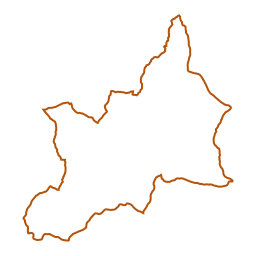 Guayabetal, Cundinamarca, Colombia (Mercator projection)
{"feature_id": "7082276B39742975331466", "entity_name": "Guayabetal", "entity_type": "district", "adm_level": 2, "iso_a3": "COL", "parent_name": "Colombia", "parent_adm1": "Cundinamarca", "projection": "mercator", "projection_center": [-73.849, 4.248], "detail": "fine", "context": "isolated", "style": "outline", "palette": "amber", "viewbox_px": 256, "rotation_deg": 0, "n_neighbors": 0, "source": "geoboundaries", "source_scale": "gbopen_adm2", "svg_char_len": 5800}
<svg xmlns="http://www.w3.org/2000/svg" viewBox="0 0 256 256"><path d="M209.4,91.9L208.2,90.0L206.0,84.8L204.1,81.2L201.9,77.4L200.0,75.0L198.2,73.9L193.8,73.1L188.5,71.3L187.8,69.9L187.8,66.9L187.6,65.8L187.8,63.3L188.9,59.4L189.2,57.5L190.1,55.7L190.3,54.1L190.1,52.3L190.2,49.9L190.0,48.0L188.8,45.3L188.8,42.2L188.1,36.6L187.9,35.6L186.1,32.8L185.4,26.6L184.6,25.8L182.9,25.3L182.4,24.7L182.0,23.2L182.0,22.3L181.7,21.7L180.9,20.7L180.5,19.9L180.0,16.5L179.0,15.4L177.9,15.9L176.9,16.9L175.5,17.6L174.7,18.6L173.8,19.1L173.4,19.0L172.4,19.7L171.4,20.6L171.4,21.2L171.9,22.4L172.4,24.6L169.8,27.7L168.9,29.1L169.0,30.5L168.7,31.9L168.8,33.3L169.2,34.2L168.9,35.4L169.1,36.6L168.9,37.0L168.3,37.4L168.0,38.0L168.2,38.6L168.2,40.3L167.8,41.0L167.2,41.0L166.5,42.4L166.3,45.2L166.4,45.9L164.5,46.1L164.2,46.6L164.3,47.2L165.1,47.9L165.4,48.8L165.0,49.6L165.0,50.1L165.2,50.8L164.9,51.4L164.1,52.3L162.1,53.2L161.9,53.5L161.0,54.1L158.5,56.9L158.0,57.3L157.3,57.4L155.7,57.0L154.0,57.3L153.0,58.5L151.6,59.4L151.2,59.9L151.0,60.3L151.2,61.1L150.1,62.3L149.4,63.8L148.5,64.6L146.5,65.3L146.1,66.4L144.9,67.6L144.3,70.0L144.2,71.9L144.0,72.9L143.7,73.5L143.0,74.3L142.2,76.0L141.4,76.9L140.9,78.6L140.9,82.3L142.1,83.9L142.0,85.6L142.1,87.0L141.9,88.7L141.3,89.4L140.6,89.9L140.0,91.9L138.5,92.9L137.7,94.5L136.4,95.3L135.5,94.9L134.6,94.9L133.9,94.8L133.1,94.8L132.5,94.4L133.1,91.3L132.5,91.3L131.5,91.7L130.4,91.8L129.0,92.7L126.8,92.9L126.3,93.2L126.0,93.2L124.7,92.6L121.1,92.0L118.9,91.9L118.3,91.7L117.3,91.8L116.2,92.2L115.5,92.3L114.6,91.7L113.4,91.3L112.0,90.9L111.4,91.0L110.9,91.7L110.6,94.7L109.4,95.9L109.2,96.3L108.5,100.9L108.1,101.9L106.9,103.6L106.0,104.4L105.4,105.1L104.8,106.2L104.9,106.9L105.3,108.4L106.0,110.1L106.9,111.2L106.9,111.8L103.6,115.0L102.0,117.5L99.1,120.4L97.8,122.9L97.1,122.7L94.6,121.0L93.5,119.8L92.5,117.7L91.1,117.3L89.5,117.3L88.6,117.1L85.5,115.1L82.3,113.4L81.3,113.4L79.4,112.8L78.1,113.0L76.7,112.5L75.6,111.7L72.7,108.5L72.0,106.6L71.6,104.3L71.2,103.5L70.9,103.4L70.0,103.9L69.5,104.1L68.7,103.0L67.7,102.5L62.9,103.3L56.0,106.7L54.5,107.2L51.1,107.9L48.8,107.9L48.2,108.1L47.3,108.9L46.6,109.2L44.4,109.8L43.5,109.7L44.6,111.4L48.8,116.2L49.8,117.5L50.1,118.5L51.9,119.4L52.7,120.2L54.5,121.3L55.1,121.8L55.9,124.4L55.9,126.0L56.3,127.1L56.1,128.4L56.4,129.8L55.6,131.6L55.8,134.1L55.5,135.5L54.8,136.8L54.8,137.8L54.2,138.9L53.7,141.3L54.2,143.0L55.0,143.9L55.6,147.5L56.8,148.9L57.1,149.6L57.2,150.4L57.0,151.2L57.1,151.7L57.8,153.0L58.6,155.4L59.9,156.3L60.4,157.0L61.2,159.7L65.0,159.8L64.8,161.0L65.4,162.3L65.4,163.1L65.0,165.3L65.6,167.5L65.4,172.3L65.0,172.7L64.9,173.9L64.3,174.6L64.1,175.7L63.8,176.3L63.3,176.6L63.2,178.1L62.1,179.6L62.3,180.4L62.7,181.4L62.7,182.1L61.8,182.8L60.7,185.1L60.1,185.9L58.5,189.2L58.6,189.9L57.8,189.9L56.8,189.6L55.2,188.4L52.4,187.6L51.0,186.4L50.6,186.2L50.2,186.3L49.5,187.0L47.4,190.1L46.4,191.2L45.6,191.6L41.9,192.9L39.7,193.2L37.3,195.2L35.8,195.8L34.9,197.2L33.9,198.3L31.8,201.0L30.6,204.4L30.0,205.4L28.2,207.5L27.1,209.2L26.3,212.1L26.1,212.9L26.2,214.2L26.0,214.8L23.8,217.5L23.5,218.3L23.7,218.7L24.8,220.2L25.0,220.6L25.0,221.9L26.2,225.1L26.6,225.6L27.5,226.1L27.8,226.6L28.0,227.8L27.8,231.0L28.3,233.3L28.2,234.0L28.5,233.6L29.6,233.1L30.5,232.9L32.0,233.0L32.7,233.4L33.3,234.0L33.5,234.4L33.6,235.0L33.2,237.5L33.5,238.5L34.0,238.9L34.8,239.2L37.1,240.0L40.5,239.7L41.7,239.3L42.3,238.4L42.7,236.8L43.3,235.7L44.3,234.4L45.4,234.0L47.2,234.2L49.3,234.0L50.3,234.4L54.8,236.8L56.0,237.0L57.8,237.0L58.7,237.4L61.8,239.6L64.1,240.2L68.4,240.6L68.8,240.3L69.1,238.4L69.8,237.1L70.7,236.1L72.3,234.7L72.7,234.1L80.1,230.9L82.7,230.0L86.0,227.7L86.2,227.3L86.5,224.1L86.8,223.1L87.7,221.9L89.7,219.9L90.3,218.5L91.4,217.2L94.8,213.6L95.7,213.4L96.9,213.5L98.7,214.0L100.4,213.8L102.4,212.3L103.1,211.4L104.6,209.9L105.8,209.3L106.3,209.3L108.7,209.7L111.0,209.9L114.2,209.6L115.6,209.0L116.9,207.6L117.9,206.9L118.6,206.1L119.0,205.1L119.7,204.5L120.3,204.3L121.0,204.3L123.7,205.1L125.2,205.2L125.6,204.9L126.9,203.5L127.6,203.4L130.6,204.3L131.2,204.7L131.9,205.3L133.2,206.9L135.1,208.8L138.2,211.0L140.7,211.7L143.3,213.1L143.3,212.0L143.6,211.2L146.3,207.3L147.5,204.9L148.4,203.5L149.4,202.6L149.9,201.9L150.4,200.5L150.7,198.7L150.6,196.3L150.8,194.5L152.0,192.1L153.7,189.8L154.3,188.2L154.4,186.8L154.3,186.0L153.7,185.0L153.6,183.0L154.9,179.7L155.2,179.3L156.2,177.4L157.4,176.9L158.1,176.2L160.1,175.7L161.0,174.9L161.3,175.7L161.7,178.3L161.9,178.7L163.0,179.3L163.4,179.8L163.6,180.6L165.5,181.6L166.6,181.8L169.2,181.9L170.5,181.5L172.1,180.6L174.1,180.4L174.8,180.1L175.2,179.6L176.3,178.8L177.4,178.3L179.1,178.6L181.6,178.3L183.4,178.7L190.1,181.5L195.1,183.0L197.4,182.9L199.4,183.8L200.1,184.0L201.6,183.9L203.6,184.6L205.0,184.6L206.2,184.3L207.0,184.3L208.8,184.6L210.8,184.4L211.9,184.6L214.2,185.6L216.0,185.9L217.8,186.5L219.8,186.7L221.7,186.6L225.8,185.7L226.5,185.5L227.1,185.0L228.0,183.9L228.3,183.3L228.6,182.1L228.9,181.7L230.0,181.4L232.2,181.5L232.5,181.2L232.5,180.5L230.2,178.8L227.1,177.8L225.8,177.1L224.6,176.1L223.7,174.6L223.3,173.4L223.3,171.7L222.4,168.9L221.0,167.4L219.7,164.3L219.9,161.2L219.4,159.5L219.6,158.8L219.2,157.6L219.3,156.8L219.9,155.5L219.9,154.6L219.6,153.5L219.6,150.9L219.2,149.0L219.0,148.5L217.8,148.0L216.6,146.8L216.0,145.8L215.4,145.5L214.7,144.7L213.9,143.1L213.9,141.8L213.5,140.0L213.8,137.7L214.6,135.4L214.8,134.1L215.3,133.0L216.3,131.7L215.9,130.5L215.9,129.6L216.1,128.9L216.9,128.2L217.7,127.2L218.3,125.2L218.8,124.8L218.9,124.3L219.8,123.5L220.6,122.0L221.0,120.9L221.2,119.7L221.7,119.3L223.0,115.7L225.6,112.2L226.5,111.8L229.7,109.7L230.9,108.0L230.5,106.7L228.7,105.4L226.6,105.1L225.1,104.7L221.2,102.3L215.0,97.0L213.9,95.8L212.3,94.6L210.7,93.6L209.4,91.9Z" fill="none" stroke="#b45309" stroke-width="2"/></svg>